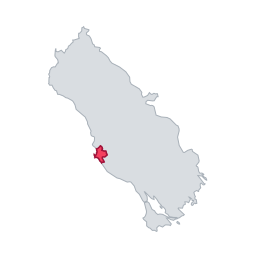 Sinop on a map of Turkey (Natural Earth projection), rotated 233°
{"feature_id": "TUR-2294", "entity_name": "Sinop", "entity_type": "Province", "adm_level": 1, "iso_a3": "TUR", "parent_name": "Turkey", "parent_adm1": "", "projection": "natural_earth1", "projection_center": [34.958, 41.65], "detail": "fine", "context": "in_parent", "style": "filled", "palette": "rose", "viewbox_px": 256, "rotation_deg": 233, "n_neighbors": 0, "source": "natural_earth", "source_scale": "10m", "svg_char_len": 4962}
<svg xmlns="http://www.w3.org/2000/svg" viewBox="0 0 256 256"><g transform="rotate(233 128 128)"><path d="M197.2,92.1L200.8,93.3L201.9,92.4L205.1,92.5L207.9,93.1L209.4,91.2L211.5,91.4L211.9,92.4L212.8,92.8L215.8,95.3L215.5,95.6L216.3,96.5L218.8,97.1L219.1,98.4L221.1,100.3L222.2,103.2L221.7,105.3L220.6,106.6L222.3,111.0L221.9,111.6L225.0,113.0L228.9,112.8L230.1,113.4L234.0,116.9L235.0,118.3L232.4,116.6L230.9,118.0L230.3,121.5L226.2,122.1L226.9,124.3L228.0,125.4L227.7,127.5L228.1,128.3L229.2,129.7L229.1,131.6L229.6,133.6L229.7,136.0L231.5,136.8L230.7,137.9L229.0,142.8L229.1,143.2L230.4,143.3L233.3,145.6L232.8,146.3L233.3,149.4L235.8,151.5L235.5,152.5L235.6,153.6L233.7,153.1L230.1,155.9L229.7,155.8L229.2,154.8L229.0,152.1L228.1,151.3L227.0,151.2L225.0,152.4L223.2,152.4L221.3,152.1L216.5,150.4L214.7,151.0L212.9,150.3L209.4,153.8L208.3,154.0L207.7,152.3L206.4,151.4L204.8,152.7L198.7,154.3L195.9,154.6L192.4,154.0L189.5,154.2L181.7,158.0L174.3,160.1L167.6,159.9L163.9,157.5L161.0,157.0L152.5,160.6L148.2,160.5L146.8,159.0L143.6,158.4L142.9,159.8L142.2,163.2L143.4,166.4L141.6,166.6L140.4,167.3L140.1,169.6L138.5,170.6L137.9,172.0L137.6,172.1L134.9,170.9L135.7,169.7L134.0,165.3L134.8,164.0L138.3,160.4L138.2,158.3L136.7,156.8L132.3,159.5L131.9,160.5L130.9,161.3L129.2,161.6L121.4,158.2L116.8,161.2L112.9,165.5L109.9,167.1L101.2,168.3L99.6,169.2L96.6,168.3L94.9,167.1L90.9,162.1L83.3,158.4L75.3,157.5L74.5,158.4L74.2,162.3L72.9,165.9L72.2,166.3L70.5,165.4L64.2,167.5L59.0,165.1L58.1,164.1L57.0,159.9L56.2,159.6L55.4,160.2L54.5,160.2L50.7,158.3L48.7,158.2L47.4,160.0L45.4,160.7L45.3,160.2L46.1,159.1L43.0,159.3L41.3,160.2L39.0,159.6L39.1,159.2L41.0,158.6L45.3,158.0L48.0,155.2L37.9,155.3L36.9,155.9L36.8,154.5L37.4,153.8L40.0,153.3L39.9,152.1L38.3,150.8L36.5,150.1L35.8,147.1L34.9,146.3L35.0,145.9L36.7,145.4L37.1,143.1L36.9,141.8L33.7,140.6L32.9,140.7L32.2,139.5L30.8,138.7L29.6,139.4L26.4,137.6L27.0,136.3L27.8,136.3L28.0,135.3L27.4,133.6L27.5,132.7L28.2,132.4L29.0,132.6L29.8,133.6L29.9,135.6L30.7,136.8L31.4,135.6L32.9,136.2L35.5,135.6L36.1,135.1L34.1,135.2L33.4,134.7L31.9,131.5L33.5,130.6L34.8,129.0L32.6,127.9L33.0,125.8L31.2,123.3L33.8,120.1L33.7,119.7L32.9,119.5L24.9,120.8L24.8,119.4L25.4,118.2L25.4,115.1L25.9,113.5L27.3,113.0L29.2,110.6L32.3,107.7L35.3,107.8L36.6,107.0L38.4,106.9L38.9,108.1L40.5,108.8L43.3,108.7L44.7,108.0L43.4,106.6L45.0,106.1L46.3,106.5L45.6,108.0L46.0,108.1L49.6,107.7L53.4,108.1L57.7,107.9L58.2,107.4L55.2,105.8L57.2,104.5L58.3,104.2L67.1,103.0L67.2,102.7L61.8,102.0L59.0,100.2L58.3,99.2L58.9,96.8L59.5,96.2L61.4,96.1L68.1,97.2L72.8,96.5L78.0,98.1L83.0,97.8L84.0,97.1L85.3,94.8L92.3,91.1L94.8,89.1L105.7,85.2L122.0,85.9L124.8,84.4L126.5,84.9L126.0,85.9L126.1,86.8L128.1,89.1L131.0,90.4L135.0,89.3L136.4,89.7L137.9,93.3L140.4,95.5L141.6,95.6L143.1,94.4L144.6,94.2L146.9,95.4L147.8,96.7L155.6,98.2L157.2,99.3L162.5,100.4L174.1,97.8L178.4,99.6L182.0,100.1L183.5,99.9L188.2,97.8L189.6,96.6L192.6,95.6L196.2,93.4L197.2,92.1ZM47.1,85.7L46.8,87.3L47.4,89.1L49.0,91.5L50.6,92.8L58.5,96.1L57.3,99.2L55.3,99.7L48.5,98.2L45.8,99.4L43.8,99.1L41.0,99.7L40.2,101.6L38.2,103.7L32.7,106.3L27.6,111.6L26.1,112.3L26.8,110.5L26.8,108.9L29.0,107.1L32.1,105.7L33.0,104.5L25.3,104.8L24.6,103.1L25.4,102.8L27.9,99.9L28.2,98.8L28.1,96.0L31.1,94.3L31.4,93.7L31.0,90.9L28.2,89.3L28.3,88.5L30.3,87.7L31.6,85.8L34.6,85.4L36.0,84.5L38.6,84.0L41.8,86.4L45.6,85.5L47.1,85.7ZM23.5,111.4L21.0,111.9L20.2,111.4L21.0,110.6L23.0,110.0L23.6,110.8L23.5,111.4Z" fill="#d9dde1" stroke="#a8b0b8" stroke-width="1"/><path d="M116.0,85.9L117.3,86.0L118.6,85.7L119.0,85.7L119.5,85.9L119.9,86.0L121.3,86.1L121.9,86.0L122.5,85.8L122.7,85.7L123.1,85.4L123.5,85.2L123.8,84.8L124.1,84.3L124.2,83.9L124.3,84.0L124.6,84.0L124.8,84.1L125.0,84.0L125.2,84.3L125.3,84.4L125.2,84.5L125.6,84.9L125.9,85.0L126.2,85.0L126.3,84.9L126.5,84.7L126.8,84.7L126.9,84.8L127.1,85.0L126.5,85.0L126.3,85.0L126.0,85.2L125.9,85.4L125.8,85.7L125.8,86.1L125.8,86.3L125.8,86.5L126.1,87.0L126.5,87.5L127.1,87.9L127.1,88.0L126.9,88.0L127.0,88.2L127.1,88.4L127.2,88.6L127.6,88.8L127.9,89.2L128.1,89.3L128.7,89.5L129.2,89.6L129.4,89.7L129.7,90.1L130.1,90.3L130.3,90.3L129.9,91.3L129.8,92.0L130.0,92.6L130.0,93.1L130.0,93.5L130.0,93.8L130.2,94.1L130.3,94.5L130.4,95.3L130.1,95.5L129.6,95.3L129.4,95.4L129.0,95.7L128.5,95.7L128.0,95.7L127.7,95.5L127.5,95.3L127.4,95.3L126.9,95.2L126.9,94.9L126.6,94.8L126.4,94.7L126.3,94.3L126.2,94.0L126.1,93.8L126.0,93.7L125.9,93.9L125.6,94.1L125.0,94.3L124.6,94.6L124.2,94.7L124.0,94.9L124.1,95.1L123.9,95.3L123.7,95.4L123.5,95.5L123.4,95.9L123.4,96.0L123.2,96.2L122.9,96.5L121.7,96.1L121.3,95.8L121.1,95.6L120.7,95.5L120.4,95.6L120.0,95.5L119.8,95.3L119.6,95.3L119.1,95.3L118.9,95.0L118.9,93.1L118.8,92.8L118.8,92.6L118.9,92.0L119.1,91.6L119.4,91.3L119.8,91.0L120.2,90.1L119.5,89.3L118.8,89.1L117.4,89.0L116.8,88.9L116.3,88.8L115.9,88.8L115.2,88.6L115.2,88.1L115.8,87.5L116.1,86.7L116.0,85.9L116.0,85.9Z" fill="#f43f5e" stroke="#9f1239" stroke-width="1.5"/></g></svg>